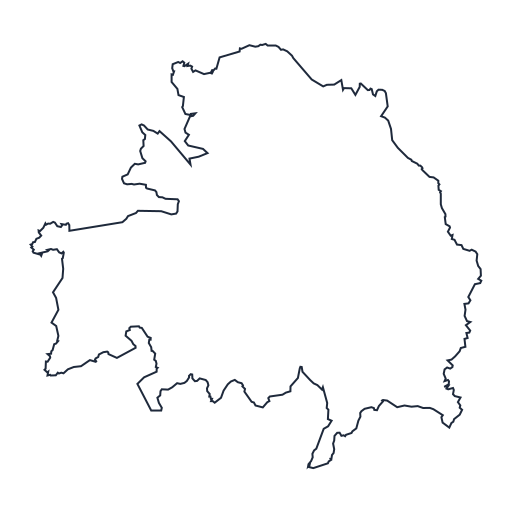 the district of Santa Inés Ahuatempan, Puebla, Mexico
{"feature_id": "50627088B3656235949404", "entity_name": "Santa Inés Ahuatempan", "entity_type": "district", "adm_level": 2, "iso_a3": "MEX", "parent_name": "Mexico", "parent_adm1": "Puebla", "projection": "orthographic", "projection_center": [-98.063, 18.402], "detail": "fine", "context": "isolated", "style": "outline", "palette": "slate", "viewbox_px": 512, "rotation_deg": 0, "n_neighbors": 0, "source": "geoboundaries", "source_scale": "gbopen_adm2", "svg_char_len": 5952}
<svg xmlns="http://www.w3.org/2000/svg" viewBox="0 0 512 512"><path d="M51.3,351.3L51.1,353.7L47.6,354.1L50.0,356.2L50.2,357.7L47.6,361.7L45.9,361.5L45.6,368.7L44.5,369.8L47.3,372.4L48.2,371.7L47.5,375.5L50.1,374.8L50.7,375.5L55.8,375.3L57.8,372.7L58.9,373.5L61.3,372.7L63.5,373.3L67.9,369.3L73.8,367.0L81.0,366.2L89.9,360.1L95.7,361.8L96.2,361.3L95.0,359.6L95.6,358.4L98.2,357.0L98.9,354.5L103.3,352.2L107.2,351.6L108.2,352.3L108.5,354.1L116.9,357.9L135.6,347.8L135.5,346.0L133.3,344.2L131.5,340.8L125.6,335.7L126.3,331.4L129.8,330.0L129.3,328.2L130.8,326.7L138.9,326.3L139.7,327.6L141.8,327.9L147.6,336.7L150.7,337.9L150.6,339.7L149.3,339.7L148.8,343.0L151.2,347.2L151.6,350.9L152.6,350.9L155.2,353.6L154.2,359.7L155.8,360.9L156.5,363.7L155.8,367.0L157.6,367.8L156.7,368.6L156.6,371.7L144.1,377.3L137.4,383.9L151.2,410.5L161.2,410.5L161.8,407.8L158.9,402.9L157.4,397.7L160.2,395.4L160.5,391.2L161.8,389.3L168.1,389.6L172.2,387.3L177.1,383.2L180.3,383.9L184.4,382.9L186.8,381.0L189.1,377.4L189.0,375.9L190.7,374.2L192.2,374.5L192.4,378.4L194.9,381.2L197.1,380.9L199.7,378.4L205.7,380.0L207.6,382.2L208.4,385.3L207.0,388.3L207.2,391.1L209.7,394.0L209.3,396.5L210.4,396.5L210.9,398.9L212.0,398.9L211.1,401.1L212.7,401.1L214.7,402.7L221.0,397.8L223.6,390.6L227.8,384.3L230.9,381.5L234.8,379.9L237.8,382.2L241.6,383.2L243.0,385.4L242.4,386.4L245.0,388.9L244.4,391.6L251.6,401.8L253.9,402.5L255.5,405.5L262.8,407.4L267.3,402.2L269.4,401.1L268.3,398.1L269.8,396.5L282.5,394.7L285.9,392.6L290.4,391.3L290.5,386.4L297.9,378.0L299.8,368.3L300.4,366.8L301.7,367.0L302.5,371.8L310.1,380.0L313.7,383.4L317.4,385.1L322.0,389.6L322.9,387.2L327.2,403.0L326.7,408.0L328.4,409.7L327.9,419.1L331.6,420.7L328.1,426.3L323.7,428.8L316.3,448.7L314.1,450.4L312.4,453.8L312.7,457.3L311.1,461.1L308.5,464.2L308.1,466.4L309.6,464.8L309.1,467.1L313.3,468.1L327.9,463.3L328.7,461.4L331.1,459.9L330.6,458.9L331.4,458.9L332.0,455.0L333.6,453.0L334.2,449.2L333.1,443.6L334.2,440.5L334.5,435.9L337.2,432.8L339.6,432.7L341.4,435.8L343.7,435.3L345.1,436.2L346.0,434.8L351.5,433.0L352.4,431.3L356.3,428.4L358.4,420.6L360.4,416.7L360.2,413.0L361.4,411.2L364.6,408.8L371.4,407.2L373.9,408.1L374.3,409.9L377.0,410.2L378.9,406.0L382.9,401.5L382.1,400.5L383.0,400.0L387.2,400.6L397.2,407.2L404.5,405.5L411.5,406.7L417.7,406.1L423.1,408.0L429.8,407.9L433.4,409.2L442.8,415.2L441.4,417.2L442.6,422.6L449.3,427.6L451.4,423.0L453.3,421.7L454.1,419.1L459.7,414.7L462.1,409.8L459.7,407.7L460.3,405.4L457.9,402.1L460.5,397.5L454.8,396.1L453.0,394.2L453.8,390.0L453.0,388.0L448.2,389.3L446.5,388.6L448.3,385.9L444.2,386.8L448.7,384.3L449.0,381.3L448.0,380.0L444.6,381.1L445.7,378.6L443.7,373.8L444.6,369.4L447.1,367.5L450.2,368.6L452.4,367.1L452.7,365.4L447.6,360.4L451.5,359.6L455.1,356.4L459.6,351.3L460.8,348.0L465.4,346.8L464.5,338.9L467.6,338.0L466.4,333.0L469.3,332.6L470.2,330.6L465.9,325.2L470.3,322.0L467.0,321.1L464.6,315.9L465.5,309.7L464.4,303.9L468.5,303.4L470.4,300.3L468.3,297.0L474.9,284.2L480.2,283.1L481.3,280.7L478.2,278.9L480.9,275.7L480.6,269.1L478.2,266.0L476.6,260.6L477.3,254.2L475.6,251.6L471.7,249.7L469.6,250.8L463.3,248.9L461.5,245.1L457.0,244.6L454.5,239.8L451.8,239.0L452.5,235.0L450.7,235.7L447.9,231.7L450.0,227.6L449.6,226.3L445.7,224.1L444.8,217.1L445.5,216.6L445.4,214.1L441.9,208.1L440.8,204.3L440.8,193.7L440.1,192.4L440.9,191.2L438.7,189.8L438.4,185.7L439.4,184.4L438.3,183.2L438.3,180.7L433.6,177.4L429.5,176.9L422.5,170.2L421.7,169.1L422.5,168.2L422.0,167.2L420.3,165.6L418.8,165.6L417.3,163.7L411.8,161.0L411.3,159.7L407.9,157.9L397.8,147.8L392.2,140.2L391.0,128.9L388.2,120.6L384.9,117.6L381.1,116.2L387.7,106.4L385.9,93.2L384.7,91.0L382.2,89.8L378.5,89.7L376.8,91.3L375.3,96.0L373.0,94.4L371.7,89.1L370.5,88.6L369.5,90.0L367.8,90.1L360.8,83.5L359.8,83.7L359.7,86.9L355.4,94.9L351.3,88.3L344.0,88.1L343.0,89.8L341.3,80.1L334.2,84.6L326.9,84.8L323.2,86.4L311.7,79.5L293.3,58.1L292.0,55.7L287.2,51.3L283.1,49.4L281.0,49.8L278.5,46.9L275.7,45.5L267.6,45.5L265.7,43.9L262.1,45.0L260.4,44.7L258.3,46.2L255.3,46.7L249.4,45.2L241.5,48.8L239.9,48.4L239.6,51.5L219.6,57.4L216.4,68.7L215.2,68.5L213.5,70.4L212.2,70.1L211.3,71.7L212.6,72.2L211.9,73.5L210.1,72.8L204.0,74.1L195.5,70.4L193.1,71.9L191.4,68.7L192.1,66.6L190.3,65.6L187.5,66.0L188.1,63.7L184.4,66.2L183.4,65.9L184.3,62.7L182.6,61.3L180.2,63.0L178.2,62.0L172.7,64.2L172.2,68.2L173.3,71.2L174.1,71.3L172.9,74.8L171.6,74.4L171.6,82.0L177.4,88.9L178.5,95.1L183.9,97.0L182.9,106.0L182.2,107.1L185.4,114.0L191.0,115.1L190.9,113.9L195.4,113.3L193.2,115.8L190.0,116.4L184.5,129.0L185.5,132.6L188.9,134.8L184.8,141.1L188.2,145.5L203.0,148.9L207.5,153.1L198.7,156.7L189.5,158.6L190.5,164.6L171.0,141.4L159.5,131.1L157.7,133.6L153.4,130.9L147.7,129.5L144.0,125.5L141.6,124.4L139.4,125.5L142.3,132.3L145.3,135.0L144.9,139.0L143.3,140.2L143.6,146.0L140.9,148.7L140.2,151.0L142.4,158.2L145.6,161.3L145.1,162.8L138.2,164.4L134.8,163.8L130.9,167.6L127.7,174.4L122.4,176.7L122.0,178.9L124.0,183.3L127.1,184.3L131.7,183.9L134.0,184.5L139.6,183.7L145.9,184.8L146.0,187.7L147.0,188.5L155.0,190.4L156.4,192.1L156.9,195.0L158.9,197.1L162.4,197.3L165.5,198.8L177.6,199.3L178.9,201.2L177.8,204.2L177.5,211.4L176.1,213.6L171.3,214.4L161.2,211.2L137.9,210.8L136.0,213.0L128.0,216.1L126.3,218.8L122.4,222.2L69.4,230.8L69.3,225.1L68.1,223.2L66.5,223.7L65.9,224.8L61.5,224.1L62.2,225.2L60.9,227.0L57.3,226.2L54.9,222.6L53.2,221.9L50.2,223.7L48.1,223.6L46.1,224.7L45.4,223.4L43.3,227.8L40.0,231.1L38.6,230.5L38.8,232.5L41.2,235.6L39.2,237.7L36.4,238.8L34.9,242.0L33.1,242.2L32.2,244.1L30.7,244.6L32.4,246.6L31.3,247.5L33.8,249.7L32.7,251.3L33.5,252.7L40.5,254.7L41.2,255.8L41.8,254.1L39.9,253.1L47.7,251.3L48.7,250.4L47.6,249.8L51.0,249.0L53.1,249.8L56.9,249.2L59.2,252.4L61.5,253.4L63.3,251.8L63.8,252.6L62.8,258.1L62.0,258.8L63.2,268.8L62.5,278.0L53.0,292.3L56.1,297.9L58.4,309.8L51.5,322.6L56.2,326.0L58.4,335.9L57.2,340.8L58.1,341.1L56.0,343.6L54.2,344.2L52.6,350.1L51.3,351.3Z" fill="none" stroke="#1e293b" stroke-width="2"/></svg>